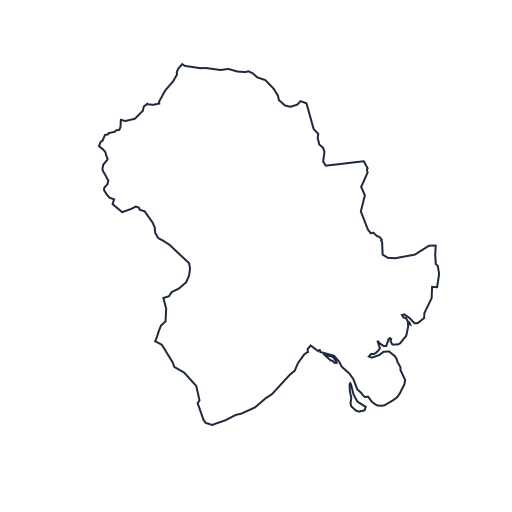 outline of Dubreka, Dubréka, Guinea, rotated 287°
{"feature_id": "49546643B20116898332008", "entity_name": "Dubreka", "entity_type": "district", "adm_level": 2, "iso_a3": "GIN", "parent_name": "Guinea", "parent_adm1": "Dubréka", "projection": "mercator", "projection_center": [-13.536, 10.125], "detail": "fine", "context": "isolated", "style": "outline", "palette": "slate", "viewbox_px": 512, "rotation_deg": 287, "n_neighbors": 0, "source": "geoboundaries", "source_scale": "gbopen_adm2", "svg_char_len": 3118}
<svg xmlns="http://www.w3.org/2000/svg" viewBox="0 0 512 512"><g transform="rotate(287 256 256)"><path d="M183.3,342.9L183.6,342.9L184.7,344.5L183.0,345.6L183.4,359.8L179.3,366.3L175.3,370.2L174.7,371.4L170.9,379.6L166.7,385.1L158.0,391.9L155.9,396.6L153.8,399.4L153.0,401.7L154.3,404.2L150.5,409.4L148.9,413.7L148.6,416.5L149.6,420.1L150.9,422.7L158.3,429.4L162.0,432.2L166.6,433.7L176.6,435.4L181.0,434.9L189.2,427.5L191.8,426.7L196.1,422.2L198.8,420.5L200.7,418.3L203.6,411.2L201.7,406.0L197.2,402.7L192.7,396.5L192.9,393.3L195.9,394.6L196.7,397.2L198.0,398.7L201.6,400.8L204.1,401.4L210.4,396.9L208.4,400.4L207.2,404.8L208.1,406.9L215.3,407.1L216.6,408.1L216.1,409.6L214.1,409.4L211.6,411.8L211.3,412.9L213.0,417.7L214.7,419.4L223.7,423.0L233.3,422.1L236.4,420.9L235.7,423.3L237.4,422.1L237.7,420.5L240.5,417.5L240.3,415.0L242.3,412.9L243.5,414.9L241.5,421.2L238.0,427.3L239.0,430.2L245.8,434.9L250.7,433.7L267.0,436.3L278.0,433.4L279.1,438.3L292.2,436.4L299.6,432.8L301.0,430.2L309.7,427.0L318.5,424.8L316.5,418.5L303.7,407.4L294.6,389.8L292.8,382.7L294.3,376.7L306.0,372.6L307.3,371.2L308.2,371.6L310.4,368.5L310.4,365.9L312.6,361.5L311.3,359.1L314.1,355.2L329.3,343.2L345.8,342.4L352.8,336.4L368.4,338.3L371.0,336.8L372.5,337.1L378.1,331.4L373.3,320.3L367.9,308.1L362.8,296.2L366.0,292.6L375.7,291.0L379.1,288.4L381.1,284.0L386.8,280.5L391.0,279.8L394.3,274.0L416.8,259.6L417.1,253.3L412.7,251.1L408.8,245.4L408.4,239.8L411.8,232.3L415.6,230.2L421.0,224.2L426.9,213.6L427.2,205.0L429.8,199.3L430.4,194.6L428.8,192.1L427.0,184.5L426.8,174.9L423.5,167.7L421.2,153.5L419.3,147.6L417.0,132.5L417.9,129.3L412.1,126.8L408.5,126.5L406.5,127.4L398.9,125.7L387.8,120.8L374.8,118.1L373.5,118.9L370.5,113.4L369.3,107.5L369.5,107.4L366.1,105.0L361.8,105.3L351.8,100.0L346.9,91.6L346.7,87.0L339.7,88.7L336.7,88.4L335.2,85.4L333.4,84.5L330.4,79.1L329.1,79.0L327.6,76.2L321.3,75.5L319.7,74.1L315.2,73.7L313.1,78.8L311.3,81.6L308.2,83.4L305.8,85.5L304.8,85.8L298.6,83.2L294.4,83.7L292.6,84.7L289.5,88.1L286.1,91.5L285.0,92.8L282.7,92.8L281.4,93.0L279.1,92.0L277.3,91.0L276.2,91.0L274.4,91.5L271.0,95.6L268.9,99.0L268.7,103.7L263.7,103.7L258.8,115.2L264.3,122.6L268.1,126.7L268.0,129.8L266.2,131.4L266.2,136.4L257.6,147.5L253.7,150.8L248.7,152.8L244.5,157.3L243.5,162.6L241.4,170.0L229.5,194.2L224.6,196.6L217.8,197.7L210.5,196.9L202.5,191.9L196.8,185.9L192.0,184.5L188.8,179.7L179.4,185.5L167.0,188.6L161.8,185.5L156.2,185.0L150.0,185.0L145.0,184.5L143.6,191.9L129.9,207.4L126.0,210.4L123.5,221.4L114.2,236.9L101.4,244.2L98.2,243.2L84.1,253.6L81.7,256.5L81.6,263.6L83.8,266.3L89.8,274.6L98.2,283.2L100.9,288.0L110.9,299.3L122.9,306.9L128.6,311.7L152.8,323.3L157.6,326.6L162.8,327.1L166.0,327.5L175.8,330.8L179.2,333.4L179.3,333.7L182.0,332.6L186.4,334.4L183.3,342.9ZM146.3,395.9L147.8,394.0L151.5,390.4L152.3,389.6L161.0,384.4L161.9,383.4L160.7,383.0L154.2,385.3L148.0,388.7L143.0,389.4L140.2,390.9L137.4,396.6L137.3,400.0L140.1,404.9L143.8,405.1L146.3,395.9ZM178.2,363.9L181.4,360.3L182.2,357.3L181.2,351.1L177.8,358.2L178.3,359.6L176.8,362.2L177.3,364.3L178.2,363.9Z" fill="none" stroke="#1e293b" stroke-width="2"/></g></svg>